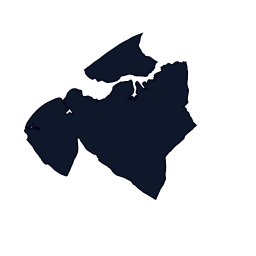 Lindi Urban, Lindi, United Republic of Tanzania (Equal Earth projection), rotated 230°
{"feature_id": "72390352B58883595926721", "entity_name": "Lindi Urban", "entity_type": "district", "adm_level": 2, "iso_a3": "TZA", "parent_name": "United Republic of Tanzania", "parent_adm1": "Lindi", "projection": "equal_earth", "projection_center": [39.68, -9.961], "detail": "fine", "context": "isolated", "style": "filled", "palette": "ink", "viewbox_px": 256, "rotation_deg": 230, "n_neighbors": 0, "source": "geoboundaries", "source_scale": "gbopen_adm2", "svg_char_len": 5953}
<svg xmlns="http://www.w3.org/2000/svg" viewBox="0 0 256 256"><g transform="rotate(230 128 128)"><path d="M152.8,195.1L152.5,194.6L152.5,194.0L153.0,192.8L152.9,192.1L152.4,192.0L151.9,192.3L151.5,192.2L151.0,191.1L150.2,191.3L149.8,190.7L149.8,189.7L151.3,185.1L151.5,183.2L151.4,182.2L151.1,182.1L150.6,183.0L150.1,183.2L149.9,182.9L149.9,182.4L150.0,180.3L148.9,180.1L147.7,179.6L148.3,178.9L149.3,176.7L149.7,176.7L150.4,175.7L151.3,175.0L151.3,174.3L151.1,173.5L150.5,172.5L150.0,172.0L149.2,171.8L148.7,171.1L148.9,170.6L149.3,170.4L151.4,170.7L152.2,170.6L152.7,169.9L152.8,169.0L152.6,168.1L152.3,167.7L148.9,167.3L147.8,167.9L147.0,168.0L146.4,168.4L145.8,168.0L146.1,167.2L146.4,167.0L146.3,166.2L147.1,166.6L147.6,166.6L147.5,165.0L149.5,164.7L156.7,165.0L157.6,164.7L157.7,164.1L157.2,162.7L156.5,162.1L153.6,161.1L152.8,160.6L152.0,160.0L150.3,157.6L149.1,156.9L148.4,157.4L148.0,157.0L146.7,156.4L146.6,155.9L147.0,155.5L146.6,155.3L147.4,154.4L147.3,154.0L146.9,153.9L146.6,154.2L145.1,154.6L144.9,153.9L145.2,153.6L146.4,153.2L146.8,152.6L146.5,152.1L145.6,152.1L145.2,151.3L145.5,150.9L146.0,151.1L146.6,150.9L147.5,151.6L147.4,151.0L146.9,150.3L147.2,149.4L147.7,149.5L148.5,148.3L148.9,151.1L149.4,151.5L149.8,150.9L149.7,147.5L150.2,146.6L150.6,146.8L150.9,148.3L150.8,149.9L151.5,150.1L151.4,153.4L151.9,154.7L152.8,155.5L153.5,156.9L154.0,157.3L155.5,157.6L157.2,158.7L157.7,158.4L160.3,160.5L162.0,160.9L162.7,160.9L163.1,159.9L163.1,158.2L163.5,157.5L165.0,156.0L165.3,155.0L165.9,154.4L166.2,153.5L167.6,151.9L168.7,146.7L168.8,143.1L166.9,140.9L166.6,141.0L166.4,139.8L165.3,136.3L164.9,134.1L165.4,133.6L164.9,129.3L165.7,128.1L166.3,125.7L167.5,123.4L168.6,121.9L168.9,121.9L169.5,122.6L169.8,122.6L170.2,122.3L170.4,121.3L170.8,120.8L171.8,119.8L175.2,119.5L175.6,119.3L176.1,118.4L177.6,118.1L178.4,117.2L179.4,115.1L180.2,114.3L181.2,113.7L182.6,113.8L183.8,114.3L185.8,115.8L186.4,116.1L187.8,115.3L188.6,114.3L190.2,113.9L190.6,113.4L191.8,112.7L192.3,112.2L193.2,110.5L193.5,110.2L193.7,107.6L193.5,105.3L193.0,103.5L191.6,101.3L191.1,99.9L191.0,98.7L190.7,96.3L189.7,95.7L188.6,95.5L186.9,95.7L186.1,95.5L184.8,95.7L182.7,94.5L182.3,94.7L181.5,95.7L180.8,95.9L180.2,96.3L179.3,95.8L178.0,96.1L176.1,95.7L174.8,96.1L174.5,95.6L174.6,94.9L175.0,94.4L175.1,94.0L175.6,93.6L175.7,93.2L176.2,93.0L176.8,93.3L177.2,93.2L177.3,92.7L177.0,91.3L177.1,90.5L177.5,90.1L178.6,89.3L179.6,89.5L180.0,90.0L180.3,91.2L180.4,93.5L180.8,94.4L181.1,94.2L181.5,92.6L181.9,92.5L183.1,92.9L183.2,93.1L183.1,93.7L183.2,94.5L184.0,94.5L184.9,95.0L187.0,94.7L189.7,94.9L193.0,95.5L193.9,95.4L194.9,94.7L195.7,93.5L196.6,91.5L198.7,83.8L199.4,80.1L199.7,77.0L199.8,72.0L199.6,68.7L199.1,64.2L198.1,59.5L196.4,53.7L194.2,49.9L193.9,49.8L193.3,50.9L192.5,51.8L191.9,53.0L191.7,55.5L191.9,56.2L191.8,56.4L191.5,56.4L191.7,56.9L190.9,56.6L190.1,56.0L188.8,56.0L188.4,56.2L188.5,56.5L187.8,56.6L187.7,57.4L187.2,59.2L186.8,59.5L186.2,59.6L185.6,59.5L185.0,58.5L184.7,58.7L184.5,59.3L184.1,59.5L183.9,59.4L183.7,59.0L184.1,58.2L184.6,57.7L185.8,58.1L186.3,58.6L186.6,58.5L186.8,58.2L187.1,56.2L187.3,55.8L189.5,55.3L189.4,54.0L190.1,53.9L190.4,53.5L190.8,52.0L192.0,51.7L192.8,50.8L193.0,49.1L193.0,48.6L192.4,47.4L191.5,46.8L189.8,46.9L188.2,47.2L186.4,46.8L185.9,46.5L184.3,44.8L184.0,44.2L184.0,43.4L174.5,43.4L172.3,42.8L168.2,42.4L164.6,42.4L162.7,42.1L160.4,42.1L158.3,41.6L156.6,41.5L153.9,41.7L153.2,42.0L152.4,43.6L151.9,44.0L146.6,44.9L142.8,45.2L137.3,46.9L134.7,48.0L131.5,49.8L131.1,50.2L131.0,51.3L132.3,53.3L133.0,55.4L135.6,60.2L136.7,62.7L138.1,64.9L139.7,68.1L139.9,68.7L139.7,68.7L140.8,71.2L142.4,74.0L145.6,77.0L152.4,81.8L152.7,82.2L152.6,82.6L152.7,83.8L152.0,84.6L150.1,84.3L148.8,83.8L143.8,83.5L140.0,82.9L138.2,82.9L136.2,83.3L130.5,85.1L129.7,85.5L128.5,86.6L128.0,86.8L126.0,86.7L125.3,86.1L124.2,86.9L123.9,86.9L122.4,85.3L121.6,85.1L119.2,85.8L117.2,86.1L115.5,86.9L113.5,87.5L112.1,88.3L110.7,88.1L109.5,88.7L107.5,88.9L104.1,88.5L100.8,88.9L99.1,89.5L92.7,93.5L86.7,96.0L85.1,96.5L81.8,96.2L81.0,96.4L79.4,97.1L75.5,97.4L68.4,99.0L61.7,101.5L55.8,103.4L60.9,113.9L62.2,118.5L65.0,123.8L65.5,124.3L67.7,125.6L69.8,127.3L70.8,128.7L74.3,131.9L82.2,137.7L83.4,144.0L83.2,145.5L84.1,152.1L83.9,158.0L84.2,161.2L84.1,162.8L84.4,164.4L85.6,166.0L86.0,168.6L86.0,175.0L85.9,176.3L86.3,178.6L86.3,181.8L91.0,181.4L94.5,182.6L97.4,182.7L100.4,184.0L101.7,184.0L102.2,183.7L103.4,183.5L104.8,184.4L105.9,184.6L107.6,184.5L108.7,183.9L109.1,189.5L109.3,190.2L110.0,190.7L111.3,191.2L112.4,192.0L114.4,194.1L117.6,197.9L118.4,198.6L121.7,199.9L124.1,201.3L125.4,202.5L127.2,204.5L133.4,210.0L134.6,210.4L137.6,212.6L139.9,213.6L141.3,214.5L141.7,213.2L142.5,213.0L143.0,212.6L142.6,211.8L142.6,211.3L143.2,210.1L143.6,210.4L144.3,210.1L145.1,208.3L145.5,208.3L146.1,208.7L146.7,208.7L147.1,208.1L147.0,207.4L147.6,206.5L147.7,206.0L147.7,203.7L147.9,202.4L148.3,201.8L149.7,201.4L150.5,200.7L151.2,200.5L151.5,200.2L151.3,198.6L151.5,197.8L151.6,196.9L152.3,196.3L152.8,195.1ZM200.1,135.3L200.2,132.1L198.7,131.9L197.5,131.0L195.8,130.6L192.5,130.8L189.6,131.6L188.1,132.5L187.7,135.0L186.1,135.3L183.5,135.1L183.1,135.4L182.7,135.8L182.3,137.6L181.6,139.1L177.2,140.9L176.2,141.6L174.9,143.6L173.8,145.3L171.9,149.3L171.6,151.2L171.6,152.9L172.4,155.3L172.1,157.2L171.3,158.1L168.4,164.2L165.3,166.6L163.7,167.2L161.6,169.3L161.1,170.2L160.0,171.3L159.1,172.1L158.9,172.6L156.8,174.4L156.0,175.5L155.8,176.4L155.9,177.0L156.4,178.0L157.0,178.5L156.1,181.3L156.2,181.9L156.6,182.3L156.4,184.3L157.0,185.5L157.0,186.3L157.3,187.0L158.1,187.9L159.3,188.9L159.6,190.2L160.0,191.2L160.0,192.5L162.5,191.5L168.6,190.0L171.4,187.2L174.0,187.3L175.3,186.9L177.0,186.9L180.4,187.7L183.5,188.1L184.2,188.3L185.3,189.3L186.5,191.7L190.2,196.3L191.2,199.1L192.9,194.6L194.6,188.6L195.1,185.0L196.5,178.8L197.1,175.2L198.7,159.4L199.1,149.7L199.7,144.5L199.8,138.5L200.1,135.3Z" fill="#0f172a" stroke="#020617" stroke-width="1.5"/></g></svg>